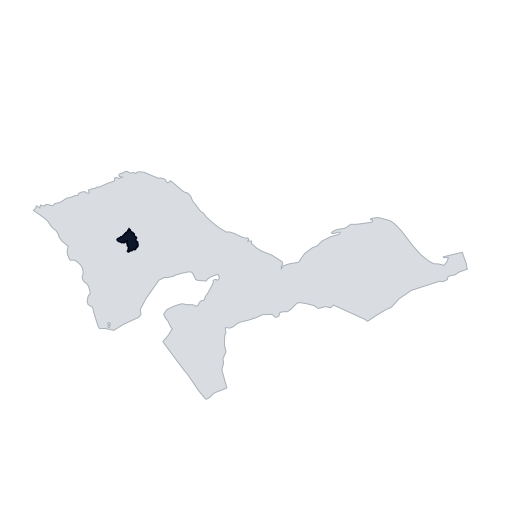 Nipepe, Niassa, Mozambique shown in context, rotated 252°
{"feature_id": "85939544B55402666252817", "entity_name": "Nipepe", "entity_type": "district", "adm_level": 2, "iso_a3": "MOZ", "parent_name": "Mozambique", "parent_adm1": "Niassa", "projection": "mercator", "projection_center": [37.842, -13.907], "detail": "fine", "context": "in_parent", "style": "filled", "palette": "ink", "viewbox_px": 512, "rotation_deg": 252, "n_neighbors": 0, "source": "geoboundaries", "source_scale": "gbopen_adm2", "svg_char_len": 7667}
<svg xmlns="http://www.w3.org/2000/svg" viewBox="0 0 512 512"><g transform="rotate(252 256 256)"><path d="M159.4,342.0L162.6,339.5L184.1,315.9L185.4,314.9L183.7,311.0L186.4,306.5L186.8,299.4L187.6,298.3L190.9,295.9L195.4,288.7L198.2,283.1L198.5,280.4L194.5,272.7L193.3,268.7L194.5,265.1L194.9,261.8L194.4,260.7L191.9,259.3L191.5,257.9L191.5,256.1L192.0,255.2L195.0,253.6L195.7,252.8L198.2,243.9L197.3,237.3L197.3,229.7L197.9,221.9L197.7,217.5L195.7,212.4L195.5,208.7L196.9,206.1L197.2,204.6L192.5,203.8L190.1,201.7L181.1,198.4L174.2,197.9L168.5,192.8L164.0,192.0L158.2,188.3L140.1,187.6L139.4,187.2L138.8,176.1L138.1,172.4L135.9,168.5L135.2,165.7L135.4,163.9L145.4,159.9L165.1,154.2L169.4,152.3L202.9,141.0L203.9,141.7L207.2,147.4L212.8,154.0L214.2,153.1L222.2,152.0L223.4,151.2L225.8,150.6L228.7,150.2L229.6,150.6L232.6,154.7L233.6,162.3L233.7,167.5L233.4,171.1L231.0,175.4L229.2,180.8L226.7,183.7L226.7,185.1L229.6,188.3L230.3,189.6L230.1,192.5L230.6,193.6L233.1,195.3L235.0,198.0L242.3,205.8L244.2,207.2L245.7,207.5L246.4,209.1L246.0,210.8L244.8,211.9L245.3,213.3L246.7,214.5L250.0,214.3L250.4,213.8L250.2,206.9L249.1,202.9L247.6,201.0L250.5,193.6L252.0,191.5L257.5,190.7L260.0,190.0L261.0,189.1L261.8,186.8L262.5,180.2L262.7,174.0L262.2,170.4L262.9,165.0L264.1,161.6L263.5,160.9L263.1,156.4L249.5,138.2L241.7,130.2L240.4,129.3L236.1,128.6L233.9,125.7L232.1,109.5L229.2,97.8L233.7,90.1L235.2,85.1L236.1,84.4L239.9,84.1L253.4,84.3L256.7,84.7L258.2,84.3L261.7,81.3L264.6,81.3L268.5,83.2L270.6,84.9L270.9,86.3L273.5,87.1L278.4,87.4L281.9,86.6L284.1,84.9L286.4,84.0L288.8,83.9L290.7,84.5L291.9,85.8L294.3,86.7L297.8,87.2L301.6,86.4L305.8,84.2L308.2,81.9L309.5,78.1L310.3,77.6L316.1,77.2L319.2,78.0L323.3,80.3L330.1,76.1L334.5,74.6L338.7,74.6L342.1,73.6L344.8,71.6L347.6,70.3L353.4,68.7L357.3,66.6L368.1,58.4L369.3,60.7L371.5,62.9L368.6,65.3L371.1,66.8L369.3,69.1L369.1,70.7L369.9,72.3L368.7,74.9L367.1,76.9L366.7,78.5L368.1,81.2L367.4,86.0L369.6,94.1L369.0,96.7L369.4,103.1L368.6,105.4L370.0,106.2L370.8,108.8L370.1,113.2L367.7,115.0L367.5,116.9L370.5,116.9L370.5,122.5L370.1,124.1L370.8,126.0L369.9,128.1L371.0,137.0L371.1,143.5L371.3,144.6L373.8,145.7L373.8,147.5L372.1,149.8L372.2,153.3L374.1,150.5L375.2,150.5L376.2,151.6L376.2,155.6L376.8,157.5L376.5,159.2L373.5,162.5L373.3,165.7L372.2,166.1L371.6,166.9L372.4,168.7L372.4,170.3L370.3,175.3L360.0,187.3L359.8,189.3L357.2,193.1L354.4,193.7L352.8,194.7L354.0,198.1L340.3,206.5L338.9,207.7L336.7,210.8L332.2,212.5L327.3,212.7L326.5,213.3L315.4,217.2L313.2,219.1L308.4,220.8L301.0,225.1L294.9,229.1L287.9,235.2L287.0,238.4L283.8,242.7L278.9,247.7L276.0,251.9L275.8,253.8L274.0,254.3L272.6,252.6L271.9,256.0L270.7,256.2L269.4,255.5L263.3,259.1L258.6,263.2L252.1,271.2L242.7,278.9L240.5,279.1L237.5,276.4L235.9,276.2L238.3,279.1L238.2,285.6L237.0,293.2L237.1,294.9L243.4,303.0L246.5,312.5L246.7,317.3L249.9,323.6L251.3,333.1L251.0,341.9L252.5,343.3L253.1,342.0L253.4,336.5L254.2,335.0L255.1,335.2L255.9,338.2L256.2,341.4L255.0,348.3L255.3,351.1L256.9,355.9L255.1,361.3L252.3,376.5L252.9,377.5L254.3,377.9L254.9,376.2L255.7,376.2L256.2,377.2L255.0,383.2L253.8,385.8L249.6,392.3L247.4,395.1L243.7,397.8L234.9,402.1L217.4,408.3L206.3,413.1L197.5,418.9L193.6,422.8L192.0,427.2L189.0,431.9L191.6,435.8L194.9,438.5L196.5,434.0L197.3,433.9L195.8,453.3L183.7,453.6L180.2,452.9L178.2,453.1L178.0,444.9L176.6,438.9L177.2,434.5L177.0,432.2L174.4,430.7L173.8,426.0L175.3,422.5L175.3,393.1L171.1,378.9L165.3,368.7L165.0,363.7L162.4,352.4L159.4,342.0ZM236.7,96.7L238.1,96.0L238.3,94.7L237.4,94.0L236.6,94.2L236.2,96.3L236.7,96.7ZM235.7,94.3L234.5,93.3L233.7,93.6L233.4,94.4L234.3,95.5L235.2,95.5L235.7,94.3Z" fill="#d9dde1" stroke="#a8b0b8" stroke-width="1"/><path d="M313.8,129.0L312.9,129.4L312.2,129.9L312.1,130.1L311.9,130.3L311.8,130.6L311.1,131.4L311.0,131.5L311.0,131.9L310.9,132.0L310.3,132.3L310.1,132.4L310.1,132.6L310.1,133.2L310.0,133.5L309.9,133.8L309.7,133.9L309.5,134.4L309.5,134.5L309.4,134.5L309.3,134.8L309.3,135.0L309.5,135.1L309.5,135.4L309.5,135.5L309.8,135.7L309.7,135.7L309.7,135.8L309.7,136.0L309.7,136.3L309.7,136.5L309.8,136.8L309.7,136.9L309.9,137.0L310.0,137.2L310.0,137.3L310.3,137.4L310.3,137.7L310.3,137.8L310.2,137.8L310.2,138.0L310.2,138.3L309.9,138.3L309.8,138.1L309.6,138.2L309.3,138.1L309.2,138.2L309.0,137.9L308.9,137.8L308.6,138.0L308.5,137.8L308.5,137.7L308.4,137.6L308.3,137.4L308.2,137.3L307.9,137.4L307.7,137.1L307.4,137.1L307.4,137.3L307.2,137.3L306.8,137.4L306.7,137.4L306.6,137.2L306.3,137.2L306.2,137.4L305.9,137.2L306.0,137.0L305.8,136.9L305.7,136.9L305.7,137.0L305.6,136.9L305.5,137.0L305.3,137.0L305.2,137.0L304.9,137.1L304.7,137.2L304.7,137.3L304.5,137.5L304.2,137.4L303.8,137.4L303.6,137.4L303.3,137.3L303.2,137.3L303.0,137.1L302.9,137.0L302.6,137.3L302.4,137.3L302.3,137.1L302.0,137.0L302.0,136.9L301.8,136.9L301.7,136.8L301.6,136.7L301.6,136.4L301.4,136.4L300.9,136.1L300.7,136.0L300.7,135.7L300.6,135.4L300.4,135.3L300.3,135.2L299.8,135.3L299.7,135.4L299.3,135.3L299.3,135.2L299.2,136.2L299.2,136.5L299.4,136.8L299.5,137.1L299.7,137.3L299.6,137.5L299.7,137.8L299.9,138.0L299.9,138.3L299.8,138.5L299.7,138.6L299.7,138.8L299.6,139.0L299.5,139.3L299.4,139.5L299.4,139.8L299.5,139.9L299.6,140.0L299.8,140.2L299.9,140.4L300.0,140.6L300.1,140.8L300.2,141.0L300.2,141.3L300.0,141.6L299.9,141.7L299.8,141.8L299.6,142.0L299.6,142.3L299.6,142.5L299.8,142.7L299.9,142.8L299.7,143.1L299.8,143.1L299.8,143.3L300.1,143.4L300.1,143.5L300.1,144.0L300.4,144.1L300.5,144.4L300.6,144.6L300.7,144.8L300.8,145.0L301.1,145.1L301.1,145.4L301.2,145.5L301.3,145.6L301.3,145.8L301.5,145.8L301.6,146.0L301.8,146.3L301.7,146.6L301.9,146.7L302.1,146.6L302.1,146.8L302.3,146.9L302.5,146.8L302.6,147.0L302.8,147.0L303.0,147.2L303.3,147.1L303.2,147.2L303.3,147.3L303.6,147.4L303.7,147.5L303.9,147.5L304.1,147.3L304.3,147.2L304.7,147.1L305.0,147.2L305.3,147.4L305.5,147.6L305.6,147.8L305.8,147.7L306.0,147.7L306.2,147.4L306.4,147.3L306.5,147.3L306.7,147.2L306.9,147.1L307.0,147.0L307.0,146.9L307.1,146.7L307.3,146.5L307.5,146.5L307.8,146.6L308.0,146.6L308.3,146.7L308.6,146.6L308.8,146.5L309.1,146.8L309.3,147.1L309.6,147.4L309.8,147.7L310.2,148.0L310.4,148.1L310.7,148.0L310.8,148.0L311.0,147.8L311.1,147.6L311.3,147.5L311.3,147.4L311.4,147.2L311.9,147.0L312.3,146.7L312.5,146.6L312.8,146.6L313.0,146.7L313.5,146.7L313.5,146.8L313.8,146.9L314.1,146.8L314.3,146.7L314.6,146.7L314.6,146.8L314.9,146.9L315.0,146.7L315.4,146.3L315.7,146.2L316.2,146.2L316.3,146.1L316.5,146.0L316.7,145.7L317.0,145.4L317.2,145.1L317.4,145.1L317.6,144.7L317.8,144.6L318.0,144.6L318.3,144.6L318.5,144.4L318.8,144.4L319.1,144.2L319.4,144.3L319.6,144.4L319.7,144.5L319.9,144.5L320.0,144.4L320.0,144.2L320.3,144.1L320.6,144.0L321.2,143.7L320.9,143.4L320.8,143.2L320.7,143.2L320.3,143.2L320.3,142.8L319.9,142.3L320.0,142.1L319.9,142.0L319.7,142.1L319.7,141.9L319.4,141.8L319.3,141.7L319.2,141.6L319.1,141.4L319.0,141.2L318.8,141.0L318.7,140.9L318.4,140.6L318.6,140.2L318.5,139.8L318.3,139.8L318.3,139.7L318.4,139.4L318.2,139.3L317.9,139.2L318.0,139.1L317.9,139.0L318.0,138.9L318.0,138.7L317.9,138.5L317.8,138.4L317.8,138.1L317.6,138.0L317.6,137.9L317.3,137.6L317.2,137.4L317.0,137.2L316.9,137.1L316.9,136.9L316.8,136.7L316.6,136.7L316.6,136.4L316.7,136.1L316.5,135.9L316.4,135.9L316.2,135.7L316.2,135.4L315.9,135.3L315.9,135.0L315.9,134.9L315.7,134.7L315.8,134.5L315.8,134.3L315.8,134.1L315.8,133.9L315.9,133.6L315.9,133.4L316.0,133.1L315.9,133.0L315.6,133.0L315.6,132.9L315.6,132.7L315.4,132.4L315.4,132.2L315.4,131.8L315.4,131.6L315.5,131.2L315.4,131.1L315.3,130.6L315.3,130.1L315.1,129.8L315.1,129.7L315.0,129.4L314.7,129.3L314.5,129.1L314.5,128.9L314.4,128.8L313.8,129.0Z" fill="#0f172a" stroke="#020617" stroke-width="1.5"/></g></svg>